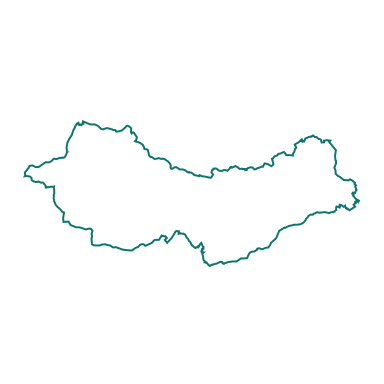 outline of Negrilesti, Bistrita-Nasaud, Romania, rotated 268°
{"feature_id": "2599482B55154264149060", "entity_name": "Negrilesti", "entity_type": "district", "adm_level": 2, "iso_a3": "ROU", "parent_name": "Romania", "parent_adm1": "Bistrita-Nasaud", "projection": "orthographic", "projection_center": [24.048, 47.317], "detail": "fine", "context": "isolated", "style": "outline", "palette": "teal", "viewbox_px": 384, "rotation_deg": 268, "n_neighbors": 0, "source": "geoboundaries", "source_scale": "gbopen_adm2", "svg_char_len": 6049}
<svg xmlns="http://www.w3.org/2000/svg" viewBox="0 0 384 384"><g transform="rotate(268 192 192)"><path d="M242.5,318.4L242.7,316.5L243.3,316.2L243.7,315.1L244.2,314.9L244.2,314.5L243.1,313.4L243.4,312.8L242.9,311.7L243.0,310.5L242.0,309.0L242.0,308.5L241.8,308.2L241.6,307.2L238.7,305.9L239.0,305.0L239.3,304.7L238.4,304.3L238.9,303.0L240.8,303.5L240.8,303.3L237.9,300.3L236.3,297.0L235.7,296.3L233.0,297.6L232.3,297.5L231.4,296.4L228.7,295.7L227.0,294.5L224.9,294.0L225.4,292.2L225.5,288.8L225.8,287.3L227.1,286.7L228.8,285.3L227.4,281.8L227.1,279.6L226.5,279.4L225.3,277.9L225.1,276.5L224.1,275.0L222.9,274.4L222.4,273.1L217.0,274.4L216.1,273.8L215.0,272.3L217.3,268.6L218.0,265.5L214.8,263.8L215.1,263.0L214.3,261.4L213.5,258.0L212.6,256.8L212.4,254.9L213.6,254.3L214.4,252.9L214.7,251.5L214.0,249.1L213.3,247.7L212.2,247.6L212.0,246.1L212.9,246.2L213.2,246.0L213.1,243.3L213.5,243.1L213.4,240.3L214.9,238.8L216.4,236.4L214.9,232.6L215.0,232.3L215.7,232.1L215.7,231.7L215.1,230.9L214.0,230.4L212.0,228.2L212.5,227.3L212.8,224.2L212.1,223.1L212.1,221.0L212.5,219.6L214.4,217.4L214.7,216.4L214.7,215.5L214.3,214.7L214.6,214.6L214.6,214.2L213.4,213.6L213.2,212.9L210.8,212.2L208.6,213.7L205.7,211.6L205.5,211.1L205.9,210.0L206.0,208.8L206.7,206.8L207.4,202.7L208.5,200.1L207.6,199.8L208.9,194.7L209.4,194.5L211.1,192.4L211.5,191.6L211.5,189.8L212.0,189.6L211.9,188.4L213.7,186.3L214.6,184.3L214.9,183.3L215.0,180.5L217.4,177.1L217.3,175.5L216.0,173.3L215.8,172.8L215.9,172.2L216.3,171.7L217.6,171.4L219.1,171.7L220.7,171.2L223.1,169.4L225.9,165.7L226.4,163.8L226.1,163.2L226.1,162.6L227.0,159.9L226.3,156.5L226.4,155.6L228.6,152.7L228.3,151.9L230.5,150.1L231.3,150.2L235.3,149.4L235.9,148.9L236.3,148.1L236.4,146.8L236.8,145.8L238.2,145.7L241.0,144.4L243.5,140.8L243.7,139.5L244.7,136.9L245.9,138.1L248.7,138.8L252.9,136.2L253.7,135.2L252.6,133.8L253.9,133.1L257.8,133.5L260.0,131.1L260.5,129.8L260.2,128.8L258.9,127.7L256.0,124.1L255.1,120.8L255.0,118.7L255.2,118.2L256.5,117.7L256.7,115.4L257.4,114.3L258.8,109.6L258.6,108.1L257.7,105.3L258.2,103.4L261.1,100.6L262.3,98.7L262.9,97.1L263.0,93.6L263.4,91.9L266.4,85.5L265.2,85.1L264.0,85.8L263.3,84.1L262.7,83.8L262.8,83.4L263.3,83.1L263.4,82.6L262.9,81.9L263.1,81.1L265.1,80.9L264.5,79.5L261.8,77.6L260.4,77.1L257.3,75.3L253.2,73.9L249.9,71.5L245.7,69.2L240.8,68.2L237.7,68.4L236.5,69.0L236.2,68.4L233.9,67.7L231.4,66.1L230.7,64.8L231.0,63.7L230.6,63.0L230.7,60.9L229.6,57.7L230.1,55.3L229.9,54.9L227.7,52.5L227.3,51.8L226.7,50.3L226.6,49.0L226.9,46.8L222.8,40.4L222.3,39.2L222.4,36.6L224.1,33.4L223.8,30.8L223.6,30.4L221.8,29.5L217.2,25.6L215.4,25.7L214.5,26.1L213.6,25.5L213.8,27.1L213.1,30.6L211.7,32.0L209.4,32.3L208.1,34.1L208.0,34.9L207.4,36.1L207.6,38.7L207.9,38.9L206.6,41.4L206.7,42.8L206.4,43.7L203.2,46.0L202.1,45.8L201.5,46.1L201.5,47.0L201.8,47.1L202.0,47.7L201.8,48.6L202.2,51.1L202.1,53.4L202.3,54.3L201.3,54.0L200.2,54.3L195.3,54.3L193.6,53.7L192.4,53.9L190.7,53.5L187.6,54.0L184.2,55.2L181.8,57.0L179.8,59.3L176.4,62.0L176.0,63.4L170.4,62.3L166.6,62.5L166.7,67.6L163.2,69.5L160.8,75.0L160.7,77.5L160.2,79.5L158.4,84.3L158.3,85.1L159.0,87.4L158.8,89.7L156.6,91.2L154.0,90.2L151.0,90.6L150.0,90.1L148.1,89.9L143.2,90.2L142.2,92.0L141.9,94.0L141.8,97.7L142.6,100.1L142.8,103.5L142.0,105.4L141.4,108.4L139.4,111.0L139.4,114.5L137.0,120.2L136.2,124.2L135.6,130.0L137.0,131.8L138.5,134.5L138.8,136.0L141.1,138.4L141.5,139.9L141.5,141.5L141.0,142.4L140.1,143.1L139.9,143.8L142.7,150.3L145.1,152.5L145.4,153.4L145.4,157.4L149.6,160.2L148.9,161.1L149.1,161.6L148.7,162.6L148.8,163.7L148.3,164.3L147.7,164.3L146.9,165.3L145.0,163.1L142.1,165.4L146.8,170.1L151.2,173.1L153.0,174.1L153.6,175.2L153.2,176.1L153.3,177.5L152.6,177.5L152.0,178.0L151.2,177.1L150.7,177.1L150.8,177.6L151.3,178.0L151.0,178.2L150.9,180.0L150.5,181.0L150.7,181.9L149.7,183.7L146.7,185.0L145.2,186.5L143.2,187.2L142.1,188.5L138.7,190.0L138.6,190.5L136.5,192.4L135.9,193.7L136.6,194.2L136.5,195.1L137.3,195.9L136.8,196.0L136.5,196.4L140.0,198.6L140.8,199.5L137.1,200.9L136.6,201.6L135.7,201.0L135.0,201.4L134.6,199.9L133.3,199.9L133.4,200.3L132.8,200.1L132.4,199.3L131.3,199.6L131.2,201.5L130.5,200.7L129.3,200.2L126.9,200.9L124.1,201.0L122.9,201.8L122.2,202.6L121.4,202.2L121.4,202.8L121.0,203.0L120.7,203.6L121.0,204.0L118.1,206.3L117.6,207.0L118.0,207.7L117.7,208.0L118.7,209.7L118.8,210.1L118.6,210.4L118.9,210.8L119.6,214.2L121.3,217.9L120.9,219.8L120.0,219.9L119.9,220.4L119.4,220.7L119.0,221.4L119.7,222.2L120.8,226.2L121.2,231.0L121.0,234.1L123.8,238.4L123.9,244.7L128.2,246.8L129.6,248.1L130.2,249.8L130.4,252.3L132.0,254.9L132.6,254.9L133.3,255.6L133.2,256.6L133.4,257.4L132.4,259.6L132.5,260.7L133.5,263.3L133.9,265.1L133.8,266.2L136.2,268.2L138.4,269.1L142.8,274.5L150.1,277.8L153.2,283.2L152.9,283.5L153.0,284.0L154.6,287.3L154.7,288.4L155.0,289.1L155.1,290.4L155.7,292.5L155.6,296.6L155.9,297.6L156.0,299.5L157.7,302.6L159.5,304.3L161.3,305.2L163.4,307.4L164.0,307.6L165.2,309.4L165.1,312.0L166.2,313.0L166.4,314.4L167.4,316.1L167.4,316.7L166.8,318.6L167.3,323.8L166.2,328.2L167.0,331.0L166.9,332.4L167.3,332.6L167.5,333.8L167.9,333.9L168.9,335.5L171.5,335.5L172.4,335.9L171.9,338.0L171.3,339.0L171.9,339.2L172.2,338.7L174.0,339.1L173.5,340.1L173.9,340.5L171.9,343.1L172.8,344.4L171.9,344.4L171.3,345.0L170.4,345.2L170.2,345.5L170.6,346.0L169.9,347.0L169.3,346.9L168.9,348.3L168.3,348.8L171.6,354.5L173.6,353.0L175.3,354.7L175.4,355.0L175.1,355.1L175.3,355.4L176.6,354.8L176.8,355.3L176.5,355.5L177.3,356.6L176.1,357.8L177.5,358.5L178.6,356.9L179.0,355.8L180.4,354.6L181.8,353.7L182.7,352.9L183.5,353.5L184.0,353.3L184.7,352.1L185.8,352.8L185.4,355.0L186.6,355.3L188.3,356.5L188.8,356.0L190.1,356.0L191.2,355.3L192.1,355.4L192.9,356.2L194.4,354.6L195.5,355.2L197.9,352.5L199.2,350.3L198.2,348.7L198.7,344.1L202.0,340.2L203.0,338.3L205.2,336.2L208.5,336.2L211.2,335.1L216.0,337.1L218.1,337.0L218.7,336.5L223.2,336.2L228.7,337.3L237.3,330.8L238.5,331.9L239.0,328.7L238.7,325.7L237.0,325.7L237.0,323.2L239.8,322.7L240.3,321.9L240.6,320.4L242.5,318.4Z" fill="none" stroke="#0f766e" stroke-width="2"/></g></svg>